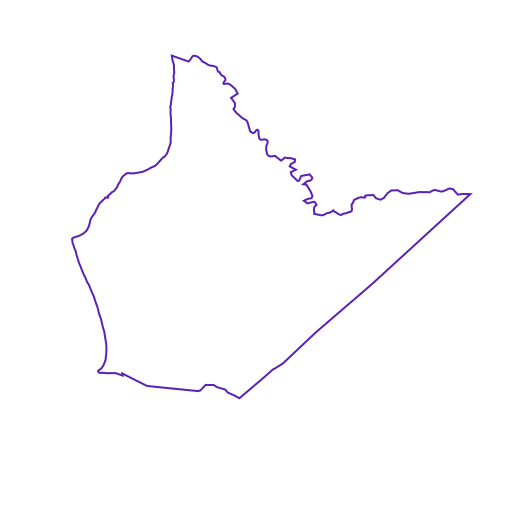 North Guadalcanal, Guadalcanal, Solomon Islands, rotated 291°
{"feature_id": "97153195B68303818667914", "entity_name": "North Guadalcanal", "entity_type": "district", "adm_level": 2, "iso_a3": "SLB", "parent_name": "Solomon Islands", "parent_adm1": "Guadalcanal", "projection": "equal_earth", "projection_center": [160.207, -9.472], "detail": "fine", "context": "isolated", "style": "outline", "palette": "violet", "viewbox_px": 512, "rotation_deg": 291, "n_neighbors": 0, "source": "geoboundaries", "source_scale": "gbopen_adm2", "svg_char_len": 4771}
<svg xmlns="http://www.w3.org/2000/svg" viewBox="0 0 512 512"><g transform="rotate(291 256 256)"><path d="M412.9,105.6L411.9,106.1L410.1,107.1L408.2,108.4L406.5,109.8L404.7,111.0L399.6,113.1L398.3,113.9L394.3,114.6L390.1,116.6L388.8,116.8L387.8,116.3L386.4,117.0L383.2,118.1L382.2,118.2L379.7,119.2L376.3,120.1L374.3,120.3L371.6,121.1L368.9,121.6L366.8,122.3L364.4,122.5L363.9,122.7L363.4,123.2L361.9,123.9L360.8,124.3L357.8,125.4L353.2,127.7L350.6,128.6L346.8,130.4L345.9,130.6L343.9,131.6L343.2,131.7L339.2,133.1L338.6,133.1L337.3,133.6L336.3,133.7L331.6,135.6L329.2,135.9L327.3,135.9L322.2,136.2L319.3,136.1L316.2,135.2L315.2,134.4L315.0,134.1L311.7,132.6L311.2,132.7L310.2,132.1L306.9,131.0L303.5,129.1L302.4,127.8L300.1,125.7L298.0,124.1L297.6,123.5L296.1,122.2L294.0,120.0L292.4,117.4L291.7,116.4L290.8,114.6L289.4,112.5L289.0,111.2L288.3,109.6L287.8,107.5L287.2,106.1L286.9,105.7L283.0,103.3L281.6,102.8L279.6,102.5L277.4,102.5L272.8,101.6L270.3,101.6L265.9,100.3L265.0,99.6L263.6,98.4L262.0,97.8L261.7,97.5L261.0,97.3L260.1,96.7L259.4,96.5L258.3,96.6L257.6,97.1L257.4,96.8L257.9,96.0L257.1,95.8L256.6,95.2L256.6,94.4L254.9,93.9L252.1,92.5L247.8,90.8L245.5,90.7L241.1,90.2L240.7,90.4L239.7,90.2L237.9,90.0L233.0,88.7L231.2,88.5L229.6,88.5L228.2,88.8L225.4,89.2L222.1,89.2L219.2,88.8L217.8,88.2L215.3,86.9L213.5,85.5L211.4,83.5L210.3,82.2L207.7,79.0L206.3,78.1L205.6,78.5L202.5,80.0L200.1,82.2L198.0,83.8L196.4,85.5L194.7,86.8L193.0,87.8L185.6,93.7L182.2,97.1L181.1,97.8L178.7,100.2L176.4,102.4L175.2,104.0L171.4,107.4L170.7,108.3L169.4,110.1L162.4,116.6L161.2,118.1L160.0,119.1L159.7,119.6L159.0,119.9L156.3,122.2L155.4,122.8L154.2,123.9L151.5,126.3L146.1,130.0L141.4,134.0L136.3,137.5L134.8,138.4L131.2,141.3L120.5,147.5L117.6,148.9L115.0,149.8L113.8,150.4L112.1,150.8L110.6,151.5L109.1,151.6L106.7,152.4L104.8,152.8L100.1,152.8L97.7,152.5L95.1,151.6L92.2,149.7L91.2,150.4L90.8,151.6L91.3,153.1L92.1,154.4L91.9,155.0L92.2,156.0L92.9,157.3L92.9,158.2L96.3,166.7L96.6,174.3L98.4,173.2L95.6,200.8L97.0,205.9L99.6,215.5L109.1,250.3L110.5,252.2L117.6,255.2L120.4,262.9L119.6,266.9L120.3,275.0L118.4,278.6L118.0,286.0L117.3,291.5L141.2,304.6L146.4,307.4L156.6,312.7L156.7,313.1L165.3,319.6L205.5,338.9L207.4,339.9L236.6,355.6L261.2,368.9L267.8,372.4L273.1,375.2L387.2,432.2L390.6,433.9L388.1,426.9L385.6,422.4L389.0,416.0L388.4,412.4L383.2,407.2L382.5,405.6L381.7,399.0L380.1,397.2L377.9,395.5L374.1,385.3L371.6,381.2L368.7,376.0L367.7,371.7L367.4,369.6L368.2,364.8L365.6,358.7L361.6,356.2L356.1,354.6L353.2,352.1L352.9,347.3L355.0,343.8L352.2,337.4L351.4,336.4L351.0,336.5L350.6,336.9L349.8,336.9L349.1,335.8L349.0,335.1L348.8,333.5L348.6,333.1L348.0,332.4L347.0,330.5L346.0,330.2L345.5,329.1L343.1,327.3L342.1,327.5L340.7,327.4L339.5,327.3L338.7,326.8L337.0,327.3L335.6,328.0L335.0,328.5L333.9,328.9L332.1,329.1L330.7,327.9L330.3,326.9L328.5,325.2L326.8,322.4L326.1,321.7L325.3,321.3L324.8,320.8L324.7,320.2L324.6,319.2L324.8,317.3L325.3,315.5L325.5,313.6L325.9,312.4L326.3,311.8L325.1,311.2L323.8,309.9L323.1,309.6L322.4,308.6L322.4,308.2L320.6,306.1L318.7,304.6L317.5,302.8L317.3,301.7L316.2,295.2L317.6,294.9L319.1,293.8L320.1,293.5L321.8,292.9L323.3,293.1L325.4,294.2L326.5,293.0L327.5,291.4L327.2,290.2L323.6,285.3L324.7,280.9L327.6,283.6L329.9,287.1L332.3,287.2L336.1,283.5L340.7,277.5L340.0,274.5L344.2,277.0L345.4,279.1L347.0,280.5L349.2,280.6L351.4,276.9L346.9,269.5L341.7,269.2L340.9,268.1L344.2,260.3L346.7,258.4L350.9,262.3L351.7,255.4L354.3,255.6L357.8,258.5L360.2,257.8L359.7,252.6L358.8,250.8L358.3,247.7L354.0,245.3L356.3,237.8L355.7,236.7L354.8,235.3L354.1,233.7L354.0,232.3L354.5,230.9L355.1,229.9L355.9,229.2L356.7,229.0L357.3,228.4L358.3,227.7L359.5,227.1L361.4,226.6L362.3,226.3L363.6,226.2L364.5,226.3L366.1,226.2L366.8,226.0L367.8,225.3L368.1,224.6L368.1,222.7L367.9,222.0L366.9,220.3L366.4,219.4L366.3,218.5L366.8,217.2L367.3,216.6L368.2,216.1L371.3,214.3L372.3,214.2L373.8,213.3L374.2,212.8L374.4,212.0L373.4,211.2L372.5,210.9L371.3,210.6L369.8,209.6L369.7,208.7L369.8,208.2L370.1,206.4L370.6,205.5L372.0,204.6L373.6,203.2L375.7,201.9L377.7,200.2L379.1,198.7L379.4,197.4L379.6,195.5L379.9,193.4L380.4,192.4L381.4,189.6L382.0,188.5L382.2,187.3L382.5,186.5L383.1,185.7L383.8,184.2L385.3,182.3L387.4,182.9L391.2,181.6L394.7,176.0L401.0,180.7L404.7,176.5L405.4,174.3L406.5,171.5L406.8,169.9L406.9,168.5L406.7,167.2L406.4,166.5L405.4,165.2L405.1,164.2L405.3,163.8L406.1,163.6L407.3,163.7L408.5,164.2L409.6,164.3L410.2,164.0L411.3,163.1L411.9,162.1L412.4,159.2L412.8,158.2L413.6,157.1L414.4,156.5L414.6,155.5L414.6,154.3L418.1,151.6L418.2,148.8L417.3,144.3L417.3,143.0L418.1,139.2L418.4,135.9L419.9,133.8L420.8,131.5L421.2,129.3L420.9,126.6L419.9,125.2L416.3,124.4L413.4,123.4L412.9,105.6Z" fill="none" stroke="#5b21b6" stroke-width="2"/></g></svg>